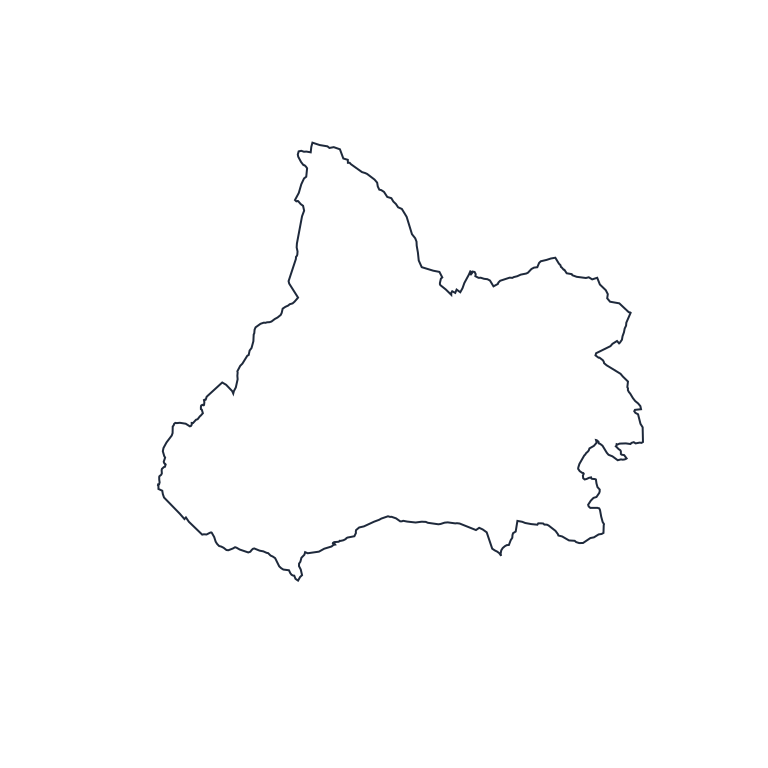 Corbeni, Arges, Romania (Robinson projection), rotated 58°
{"feature_id": "2599482B87595720625527", "entity_name": "Corbeni", "entity_type": "district", "adm_level": 2, "iso_a3": "ROU", "parent_name": "Romania", "parent_adm1": "Arges", "projection": "robinson", "projection_center": [24.667, 45.289], "detail": "fine", "context": "isolated", "style": "outline", "palette": "slate", "viewbox_px": 768, "rotation_deg": 58, "n_neighbors": 0, "source": "geoboundaries", "source_scale": "gbopen_adm2", "svg_char_len": 6165}
<svg xmlns="http://www.w3.org/2000/svg" viewBox="0 0 768 768"><g transform="rotate(58 384 384)"><path d="M581.0,379.5L583.9,378.2L586.0,376.9L588.5,375.9L591.8,375.7L589.8,375.1L587.2,372.7L586.0,370.2L585.6,367.4L585.7,365.3L586.7,363.4L583.6,359.3L582.4,356.7L580.2,355.1L578.9,353.6L578.9,350.5L570.8,343.4L574.1,339.8L576.7,337.9L580.8,333.4L584.6,328.5L583.9,327.0L585.5,324.5L586.7,322.9L588.2,322.5L589.6,320.4L591.2,319.4L599.4,316.4L603.5,316.1L604.9,316.4L607.7,313.7L614.7,310.0L618.0,305.4L619.9,304.8L622.3,302.8L624.3,299.5L624.0,290.6L625.3,287.2L625.3,281.7L626.5,278.9L626.6,276.8L620.2,272.5L619.4,271.7L616.9,271.7L611.6,270.1L605.3,267.6L603.5,267.4L602.0,268.8L598.4,274.7L596.3,275.3L594.6,274.9L592.5,270.4L591.6,266.7L592.4,263.7L590.5,259.3L589.5,258.1L587.8,257.0L584.6,257.6L580.9,256.5L577.3,254.9L576.4,255.5L574.6,257.9L573.9,258.2L572.9,257.9L572.2,259.9L571.9,262.5L571.3,264.4L569.5,265.0L567.1,263.9L566.0,262.2L565.1,262.2L564.4,263.0L561.6,264.2L558.8,264.3L557.7,263.4L555.3,260.6L550.7,252.0L550.5,250.7L549.8,249.5L549.3,246.8L548.8,245.5L547.5,243.9L547.7,238.8L546.5,235.0L545.6,234.4L543.9,233.9L544.4,233.4L546.6,232.7L548.2,233.3L549.4,232.4L552.1,231.4L560.4,231.5L563.0,231.1L566.4,228.6L572.5,226.2L573.5,223.0L574.6,221.8L575.3,220.4L575.7,218.9L575.7,217.7L571.6,218.0L569.8,220.0L568.9,220.2L566.6,218.8L565.4,218.7L563.6,219.5L559.7,220.4L559.6,219.7L558.3,218.6L559.1,217.9L559.4,215.8L562.5,210.4L565.5,206.8L565.1,205.3L565.7,203.0L567.7,202.1L569.2,198.2L570.4,196.8L570.4,195.1L557.8,187.6L553.7,187.6L544.3,184.6L541.7,186.1L539.7,186.2L538.9,184.9L541.6,179.4L538.6,178.3L535.1,178.8L531.6,180.0L527.9,180.4L522.6,180.3L520.4,180.6L518.4,180.4L517.0,179.4L515.6,179.3L511.2,175.8L504.2,177.5L500.7,178.0L486.1,185.3L483.0,186.3L481.4,185.8L479.8,185.8L475.8,187.3L475.4,188.1L471.8,189.5L470.3,187.8L471.9,171.9L471.0,169.0L471.0,163.6L474.1,163.1L473.9,161.9L472.5,158.7L469.9,156.4L467.3,153.1L464.5,150.5L462.8,147.8L460.4,146.0L454.3,137.1L453.8,137.3L452.8,138.4L440.3,141.7L434.0,148.7L429.6,149.3L426.4,146.6L422.0,146.2L414.0,148.2L406.9,146.9L405.6,152.0L402.0,153.8L401.1,156.6L395.2,163.8L391.6,166.6L390.3,166.6L386.9,170.4L382.7,170.5L382.3,171.1L379.4,171.5L378.5,171.9L376.7,171.4L374.6,171.9L367.7,171.8L366.0,176.0L364.9,180.4L363.0,186.0L363.5,188.3L366.2,192.1L364.8,195.1L364.6,198.0L365.9,203.0L365.7,204.8L363.7,210.1L363.2,213.9L362.1,217.3L362.0,218.9L360.4,221.1L358.0,230.8L358.6,233.3L359.5,234.4L359.2,239.4L352.4,239.3L349.9,240.8L347.8,243.4L345.2,245.6L344.0,247.6L341.0,249.4L339.4,248.0L337.0,247.8L335.7,249.2L336.5,250.3L337.4,253.0L334.9,250.7L334.2,251.1L336.3,254.2L340.9,262.3L344.4,266.7L346.6,270.7L342.4,272.4L344.5,275.3L341.5,277.0L342.3,278.6L344.0,279.7L336.6,281.5L330.1,283.8L329.0,283.7L327.9,283.0L324.8,279.9L324.5,278.1L318.3,277.6L314.0,282.2L304.9,290.1L297.7,289.1L290.5,285.6L284.1,283.0L280.5,281.0L277.0,280.3L271.8,280.9L254.2,276.2L245.0,276.1L241.6,278.4L237.7,278.5L234.2,279.4L230.3,279.3L227.1,282.1L221.1,282.2L218.1,283.6L216.7,285.0L213.2,284.6L209.6,283.1L205.6,283.7L196.9,287.0L195.1,288.2L192.6,290.4L180.0,295.6L178.2,295.9L177.3,297.4L174.7,295.9L171.2,299.0L161.6,297.0L156.5,301.1L154.9,305.2L152.5,306.0L147.3,311.9L141.4,316.8L144.4,320.0L148.7,323.4L145.8,326.6L144.6,328.8L142.4,330.6L141.5,333.1L143.7,335.5L145.8,336.3L151.8,336.7L155.7,336.3L156.3,335.5L158.3,335.0L160.3,334.9L167.0,340.1L167.3,342.9L170.8,348.3L176.8,355.0L180.8,362.0L182.5,361.6L182.9,361.2L183.0,360.3L183.4,359.9L187.3,359.3L190.0,358.2L194.7,359.9L198.3,364.6L218.7,383.4L221.9,385.7L225.8,387.1L228.4,389.0L229.1,389.9L229.6,391.3L231.3,392.5L246.2,410.4L248.6,411.2L265.2,411.1L266.8,416.3L267.2,418.8L266.4,421.7L266.7,423.7L266.3,426.7L266.4,430.0L269.5,433.1L270.7,435.0L271.2,439.0L271.0,442.2L271.4,446.3L270.9,448.3L269.7,450.5L269.3,452.1L268.3,453.4L267.5,456.8L267.9,462.9L269.4,465.0L272.2,467.1L273.0,468.3L278.5,472.1L283.3,477.3L284.4,480.2L287.7,483.4L287.6,485.0L291.7,493.3L292.4,496.3L295.5,501.6L296.8,502.1L299.3,504.0L302.4,505.6L308.4,511.5L310.5,515.1L312.2,516.9L309.6,516.5L301.0,518.3L297.0,520.4L300.8,541.1L302.8,543.5L302.7,544.3L302.2,544.6L302.2,545.2L304.1,545.9L306.4,547.7L306.5,548.2L306.2,548.6L305.4,549.1L305.4,550.5L306.5,551.5L308.3,552.6L309.2,552.1L312.8,553.1L313.7,556.2L313.8,557.2L315.1,560.7L314.7,562.4L315.9,566.6L315.1,567.7L316.6,568.6L317.3,570.1L317.0,571.1L312.6,573.2L308.7,577.7L307.4,580.4L306.4,581.6L306.6,583.1L307.6,584.3L308.1,585.7L313.6,589.3L315.2,591.3L318.3,599.4L321.4,604.9L323.8,607.2L328.8,608.6L330.4,608.6L333.2,612.0L334.2,612.3L335.9,612.2L335.9,611.9L336.5,611.8L338.1,613.6L337.8,614.7L338.3,617.3L339.2,618.2L342.1,619.8L342.9,621.0L343.2,623.3L343.7,623.9L346.2,625.4L348.5,626.4L349.9,627.9L349.4,628.7L350.1,629.4L351.1,629.4L353.5,630.9L357.0,628.6L360.2,629.9L363.7,630.7L385.9,625.9L392.8,624.8L392.2,622.7L397.4,622.5L415.4,618.0L416.0,616.4L417.6,614.2L417.9,610.6L418.2,609.3L418.8,608.9L423.8,609.1L428.5,610.3L431.1,610.3L434.0,609.7L435.6,608.2L437.9,606.8L441.3,605.6L442.5,604.1L443.4,599.4L443.5,596.8L444.7,595.8L447.9,594.1L454.9,588.4L455.4,586.2L454.7,584.4L454.3,582.6L454.7,581.2L459.4,577.8L462.0,575.0L465.0,573.0L466.0,571.9L469.4,571.1L471.3,569.8L474.0,568.6L483.1,569.5L485.7,568.8L488.0,567.7L491.6,563.3L494.7,563.7L496.8,563.5L498.4,562.5L499.0,561.7L502.3,562.3L505.2,561.1L503.2,557.4L502.7,554.8L497.2,552.9L493.4,552.6L491.3,551.2L490.4,549.1L487.6,546.1L486.6,542.0L484.8,540.0L487.1,538.4L491.7,528.0L492.0,522.0L494.0,514.6L493.7,512.0L494.3,510.5L493.8,510.5L492.1,511.8L491.7,511.4L491.7,510.0L493.8,506.0L493.5,504.6L494.0,504.1L495.0,501.2L495.2,498.7L494.8,497.5L494.9,496.3L497.4,489.8L495.5,486.8L494.2,486.1L493.1,485.1L492.5,481.1L494.1,476.5L495.5,465.4L496.6,460.0L496.7,457.6L498.3,450.7L499.9,449.3L500.6,448.0L504.3,445.0L509.1,443.0L509.9,441.6L510.2,440.2L512.9,437.3L518.2,430.6L520.7,425.1L523.1,421.6L524.9,420.4L531.8,412.2L532.7,410.1L533.7,406.1L535.1,403.3L540.0,397.4L540.7,395.9L542.4,393.8L556.6,383.4L556.4,379.5L559.6,377.4L564.2,375.5L581.0,379.5Z" fill="none" stroke="#1e293b" stroke-width="2"/></g></svg>